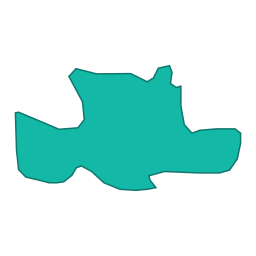 outline of East Dunbartonshire
{"feature_id": "GBR-2002", "entity_name": "East Dunbartonshire", "entity_type": "Unitary District", "adm_level": 1, "iso_a3": "GBR", "parent_name": "United Kingdom", "parent_adm1": "", "projection": "natural_earth1", "projection_center": [-4.202, 55.959], "detail": "fine", "context": "isolated", "style": "filled", "palette": "teal", "viewbox_px": 256, "rotation_deg": 0, "n_neighbors": 0, "source": "natural_earth", "source_scale": "10m", "svg_char_len": 710}
<svg xmlns="http://www.w3.org/2000/svg" viewBox="0 0 256 256"><path d="M169.5,65.7L172.0,72.4L170.4,83.5L176.2,87.5L180.9,86.2L180.9,106.2L184.3,124.7L192.0,133.2L199.7,130.3L216.3,128.9L235.1,128.9L240.6,133.2L240.6,143.1L237.3,158.8L229.6,170.1L219.7,172.9L198.7,172.9L164.4,171.5L148.9,175.8L150.0,180.1L155.9,187.6L147.0,189.3L136.1,190.3L120.0,189.3L104.0,182.8L91.6,171.5L81.4,165.9L76.3,167.8L71.9,175.3L63.8,181.8L56.5,182.8L49.3,182.8L38.3,180.0L25.9,177.1L24.4,175.6L18.6,169.6L16.5,150.0L15.4,112.9L18.6,112.2L59.1,129.3L77.9,127.8L84.3,119.6L82.5,101.8L68.9,76.4L76.0,68.7L96.6,73.9L130.7,73.6L147.2,81.8L153.5,77.9L158.3,68.2L169.5,65.7Z" fill="#14b8a6" stroke="#0f766e" stroke-width="1.5"/></svg>